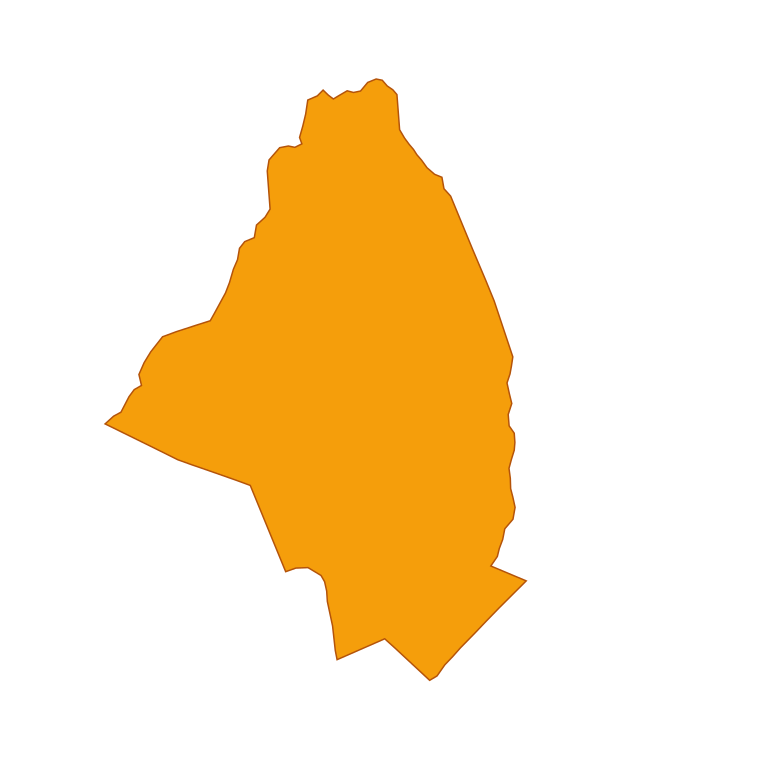 Cacimbinhas, Alagoas, Brazil, rotated 210°
{"feature_id": "56859067B79735294491019", "entity_name": "Cacimbinhas", "entity_type": "district", "adm_level": 2, "iso_a3": "BRA", "parent_name": "Brazil", "parent_adm1": "Alagoas", "projection": "equal_earth", "projection_center": [-36.913, -9.453], "detail": "fine", "context": "isolated", "style": "filled", "palette": "amber", "viewbox_px": 768, "rotation_deg": 210, "n_neighbors": 0, "source": "geoboundaries", "source_scale": "gbopen_adm2", "svg_char_len": 1539}
<svg xmlns="http://www.w3.org/2000/svg" viewBox="0 0 768 768"><g transform="rotate(210 384 384)"><path d="M286.8,121.8L256.0,163.7L242.4,160.8L196.3,150.2L192.1,157.7L190.9,171.3L188.2,182.4L185.9,193.7L180.7,213.9L177.0,229.3L172.4,247.5L162.4,284.6L200.5,279.8L199.6,291.3L201.9,299.2L203.5,308.8L207.0,319.0L204.7,331.4L208.8,342.7L215.9,350.5L222.0,356.7L227.4,365.4L233.6,373.5L235.9,382.2L238.1,391.8L241.4,398.8L246.6,406.5L254.7,410.3L261.2,419.7L263.6,431.0L270.7,438.4L278.0,446.4L279.9,455.7L282.5,463.0L286.0,471.9L330.1,511.0L347.8,524.7L373.9,544.4L420.2,580.0L429.7,583.1L437.2,592.0L445.0,590.9L454.9,592.8L463.3,596.6L470.2,599.0L475.8,601.9L482.0,604.1L489.1,607.2L497.6,612.0L517.5,641.1L523.4,643.2L530.2,643.7L537.4,646.2L543.3,644.2L548.9,637.0L550.8,626.0L556.2,621.2L562.5,619.5L566.8,612.0L570.4,605.5L576.6,606.3L583.7,608.1L585.8,600.2L592.0,591.8L586.8,578.6L583.3,566.8L580.4,555.3L575.2,550.9L579.5,544.4L585.8,542.3L592.5,536.5L595.6,520.6L591.6,510.1L570.1,478.5L570.4,468.9L573.9,457.9L569.5,445.9L575.8,437.7L577.0,429.3L573.0,418.4L571.8,408.1L568.5,394.5L566.8,383.6L566.2,360.3L566.1,351.9L575.6,341.5L590.0,325.5L599.4,314.2L602.1,295.2L602.4,282.6L601.0,269.7L593.3,261.5L597.5,254.3L598.5,245.6L597.7,228.1L602.1,220.9L605.6,210.0L547.2,213.9L524.7,215.3L509.7,218.0L503.7,219.2L464.6,226.6L457.2,227.9L449.1,229.3L375.3,172.3L368.3,180.5L358.0,187.0L342.8,186.7L336.6,183.1L330.1,176.0L324.3,167.3L307.6,148.8L292.9,128.8L286.8,121.8Z" fill="#f59e0b" stroke="#b45309" stroke-width="1.5"/></g></svg>